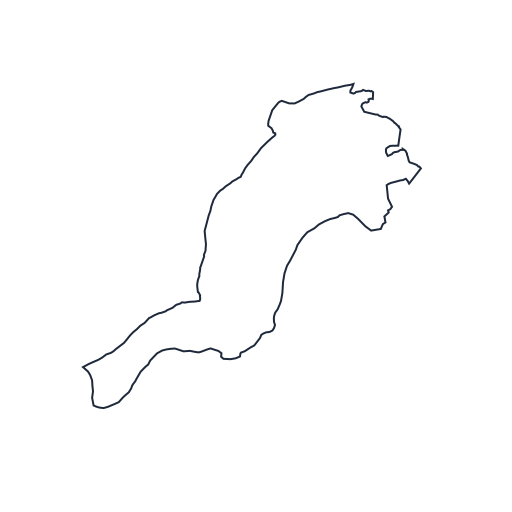 Abnub, Asyut, Egypt, rotated 289°
{"feature_id": "37247803B63981628133809", "entity_name": "Abnub", "entity_type": "district", "adm_level": 2, "iso_a3": "EGY", "parent_name": "Egypt", "parent_adm1": "Asyut", "projection": "natural_earth1", "projection_center": [31.107, 27.295], "detail": "fine", "context": "isolated", "style": "outline", "palette": "slate", "viewbox_px": 512, "rotation_deg": 289, "n_neighbors": 0, "source": "geoboundaries", "source_scale": "gbopen_adm2", "svg_char_len": 4186}
<svg xmlns="http://www.w3.org/2000/svg" viewBox="0 0 512 512"><g transform="rotate(289 256 256)"><path d="M450.4,292.1L448.5,289.5L446.1,284.9L442.0,278.5L440.2,275.2L439.0,273.3L436.6,269.4L433.1,264.2L430.7,260.3L428.9,258.3L427.1,255.8L425.3,253.2L422.4,251.2L420.0,249.9L415.8,246.0L412.8,242.8L411.1,237.6L411.1,233.7L411.1,229.8L409.3,227.9L408.1,227.2L402.8,225.2L399.2,223.9L396.8,223.9L393.2,223.9L390.2,223.9L387.9,223.9L384.9,224.5L383.1,225.2L381.9,229.0L380.1,231.0L378.3,232.2L378.3,234.2L377.1,234.8L376.4,234.6L375.3,234.2L373.5,232.9L367.6,229.6L359.8,225.7L353.3,223.7L349.1,221.8L344.3,220.5L339.6,218.5L335.4,217.2L330.6,216.5L328.2,215.9L325.9,215.8L325.2,215.1L324.1,213.9L322.3,212.6L318.7,209.3L316.3,208.0L312.2,204.8L308.6,202.8L306.2,200.9L302.0,198.9L298.5,198.3L295.5,197.6L291.3,197.6L288.3,197.6L283.6,198.2L279.3,198.1L278.8,198.1L262.9,199.3L255.0,202.9L251.0,204.8L244.3,206.6L242.9,206.5L240.6,206.4L240.0,206.4L239.4,206.8L238.8,207.1L236.8,207.1L233.4,207.1L229.3,207.1L226.9,207.0L226.1,207.3L224.5,207.7L220.3,208.3L218.5,209.0L216.7,208.9L214.3,208.9L210.2,209.6L208.4,210.2L203.0,212.8L203.0,213.4L200.6,216.0L200.0,216.0L198.0,216.9L197.0,217.3L195.2,217.3L192.9,212.7L191.1,208.2L188.7,203.7L188.1,201.1L186.3,199.8L183.9,196.5L179.8,193.9L175.6,189.4L174.4,188.7L171.4,184.9L170.3,182.9L166.7,179.0L163.7,176.4L162.5,175.1L156.5,172.5L152.4,169.3L148.2,167.3L144.0,164.7L139.9,162.8L136.3,161.5L130.9,159.5L127.9,157.5L122.0,153.6L119.6,152.3L117.2,150.4L114.2,146.5L111.3,144.6L109.5,143.3L108.0,142.0L106.5,140.7L102.3,136.1L99.3,132.9L94.6,128.6L92.1,134.7L89.5,137.9L85.1,141.5L80.0,143.6L74.8,146.0L68.6,147.2L61.8,151.1L61.6,153.6L61.6,154.6L61.6,155.1L61.7,157.2L62.6,161.4L65.1,165.0L70.0,170.5L73.1,173.8L78.8,176.2L81.7,177.7L85.7,180.1L90.3,181.1L93.2,181.1L94.9,181.5L98.2,182.6L101.0,183.0L109.1,184.6L115.0,187.4L118.3,189.4L122.7,190.0L131.7,194.1L136.1,198.1L138.5,201.7L140.4,205.4L142.1,209.4L142.2,212.8L142.2,215.2L142.3,218.6L144.8,224.4L145.5,229.6L146.2,233.2L147.7,235.4L151.7,240.2L153.8,243.1L153.9,247.8L154.0,251.4L152.8,255.0L149.4,255.8L148.2,258.7L150.1,265.4L151.1,267.2L152.6,270.0L155.8,273.6L158.6,273.0L159.8,273.3L162.3,276.4L167.5,280.4L170.9,283.5L175.0,284.9L179.8,286.5L183.2,286.7L185.0,288.1L187.0,290.3L188.7,293.7L190.9,295.8L193.7,296.5L197.0,296.4L199.5,294.5L202.8,293.2L205.1,292.7L207.1,292.6L208.7,292.6L212.5,293.8L217.7,294.2L221.5,294.3L229.6,293.0L240.0,290.1L248.9,288.6L256.9,288.5L262.9,289.8L275.0,291.6L279.8,291.6L288.4,294.0L292.1,295.5L295.2,296.8L301.2,302.2L306.1,305.1L306.3,305.2L306.4,305.3L311.3,309.8L315.1,314.1L317.6,318.1L319.5,320.7L320.3,321.1L320.5,321.2L321.7,321.8L324.2,325.3L326.6,329.3L326.7,334.5L324.4,340.3L319.7,349.7L317.6,356.4L317.5,356.6L318.1,357.6L318.3,358.1L318.7,358.8L319.0,359.3L322.2,365.2L326.6,365.5L327.5,365.6L328.9,366.7L329.4,367.1L329.9,367.5L331.1,366.8L333.3,365.6L335.2,364.5L340.3,367.3L342.1,366.0L343.9,367.7L345.9,368.3L346.8,368.6L352.4,363.0L353.2,362.2L365.5,356.5L367.1,357.7L368.9,359.6L373.7,366.8L374.2,367.4L375.7,370.3L376.7,371.3L377.8,372.5L376.3,375.0L374.3,377.2L374.8,377.4L392.5,383.4L393.2,382.2L393.5,381.7L393.7,381.2L393.4,380.4L394.4,378.5L394.6,375.8L394.6,370.7L395.8,369.4L398.8,367.5L401.2,365.6L401.8,365.6L404.2,363.0L405.0,360.0L404.2,360.4L403.6,358.5L402.4,357.2L401.2,356.5L400.0,354.6L399.4,353.3L398.2,352.0L396.5,351.3L394.7,349.4L393.5,348.1L394.1,347.4L395.3,346.2L395.9,345.5L397.1,344.9L398.9,344.2L400.1,344.2L401.2,344.9L403.6,346.8L404.8,349.4L405.4,351.4L406.0,352.7L406.6,354.6L412.7,353.4L422.7,351.5L424.5,348.9L425.1,348.9L425.1,348.2L426.9,344.4L426.9,343.7L428.1,341.8L429.3,337.9L429.9,334.0L429.3,331.4L428.7,330.8L428.7,326.9L429.3,325.0L428.7,323.0L427.6,311.4L428.8,310.1L431.2,307.5L431.8,306.9L434.1,306.9L435.3,307.5L437.1,309.5L437.1,310.8L438.3,312.1L439.5,312.1L440.7,311.4L441.3,312.1L441.9,312.7L442.5,314.7L442.5,315.3L446.8,314.1L449.0,313.4L449.6,311.5L449.0,310.8L449.0,308.9L447.8,306.3L447.9,303.1L446.7,302.4L446.1,301.8L443.7,297.2L442.5,296.6L441.3,295.3L441.3,292.0L443.1,291.4L446.7,292.1L450.4,292.1Z" fill="none" stroke="#1e293b" stroke-width="2"/></g></svg>